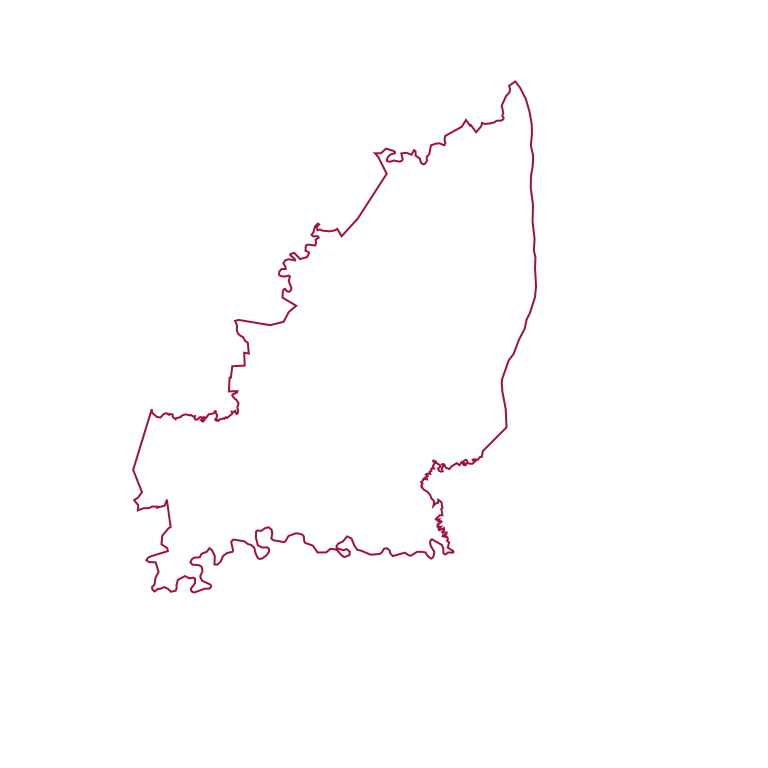 the district of Uthungulu, KwaZulu-Natal, South Africa, rotated 314°
{"feature_id": "47623444B51210648784187", "entity_name": "Uthungulu", "entity_type": "district", "adm_level": 2, "iso_a3": "ZAF", "parent_name": "South Africa", "parent_adm1": "KwaZulu-Natal", "projection": "robinson", "projection_center": [31.342, -28.763], "detail": "fine", "context": "isolated", "style": "outline", "palette": "rose", "viewbox_px": 768, "rotation_deg": 314, "n_neighbors": 0, "source": "geoboundaries", "source_scale": "gbopen_adm2", "svg_char_len": 6146}
<svg xmlns="http://www.w3.org/2000/svg" viewBox="0 0 768 768"><g transform="rotate(314 384 384)"><path d="M438.0,502.2L450.4,489.1L460.8,474.4L466.5,468.0L469.9,465.4L487.9,457.2L495.5,456.4L510.0,450.2L521.7,446.7L529.4,441.8L536.1,439.8L551.2,432.4L559.8,425.6L572.5,411.9L580.2,405.1L584.1,399.1L592.9,391.6L603.8,378.3L616.6,366.5L627.1,353.2L635.9,345.1L644.1,339.6L649.6,334.7L652.3,332.1L657.4,324.1L666.8,316.6L673.6,309.7L681.1,299.3L687.5,288.1L691.7,275.9L692.8,268.3L685.4,266.8L683.7,269.9L680.9,271.7L675.9,271.8L666.1,275.3L661.7,281.6L658.9,282.9L658.6,285.1L657.2,286.0L654.7,285.2L651.6,282.1L649.1,281.8L644.4,278.8L640.8,275.5L640.0,273.1L636.9,274.9L629.1,275.4L630.6,266.6L629.6,266.5L630.9,259.6L623.1,261.2L605.0,255.7L601.8,257.8L599.7,261.0L597.5,261.5L595.8,256.9L592.9,254.3L588.3,252.0L581.0,256.8L576.9,257.1L574.2,260.0L570.6,260.5L569.3,259.6L568.8,257.0L571.0,253.2L570.2,248.1L573.3,245.1L573.1,243.2L568.0,244.5L565.9,239.5L561.9,236.3L558.6,241.4L557.0,241.8L554.7,240.7L551.6,235.8L547.8,233.8L546.5,231.1L548.5,229.6L551.4,229.1L553.9,229.4L557.8,231.6L558.6,230.5L558.2,228.8L554.7,221.9L548.0,221.6L543.7,217.3L543.4,222.0L537.1,239.9L484.9,250.2L460.8,250.9L463.2,242.6L460.5,242.0L456.0,238.8L451.6,233.3L450.6,230.6L448.4,229.4L450.0,226.6L453.7,226.5L453.4,224.9L449.2,225.0L444.2,227.8L440.9,228.3L440.9,230.4L444.3,233.7L443.9,235.3L440.1,234.6L438.3,237.3L435.8,238.3L431.5,232.5L429.3,231.6L425.3,235.0L426.5,237.9L426.2,239.2L421.9,240.5L415.6,236.9L416.0,228.4L412.4,226.4L411.5,227.2L412.0,232.6L411.1,234.1L407.4,228.6L404.3,227.1L400.9,227.8L399.8,231.8L398.4,233.4L395.5,230.5L392.4,230.6L390.0,232.1L389.6,233.4L390.2,235.2L392.4,238.1L395.6,240.0L396.0,241.6L391.9,243.9L388.9,250.5L387.2,251.8L384.9,251.9L383.8,251.0L383.2,249.0L383.8,246.8L382.6,246.2L380.5,246.8L375.6,251.0L379.3,266.5L369.6,265.5L359.0,268.6L347.1,261.1L329.1,234.9L325.9,233.0L324.0,237.7L320.4,240.7L318.9,243.8L318.9,247.1L319.9,250.1L318.5,253.8L319.1,257.3L312.0,265.6L309.4,261.7L300.5,271.0L291.4,262.5L282.3,269.4L281.3,268.5L270.9,277.6L277.0,283.4L275.9,284.2L271.2,282.3L270.2,283.1L269.7,286.6L270.1,288.8L269.1,292.7L264.9,295.1L264.0,297.2L261.2,299.1L260.3,298.8L260.9,298.2L260.2,297.3L261.4,295.7L258.5,294.8L258.2,293.9L257.3,295.5L250.4,294.7L250.3,293.3L247.8,293.2L247.7,292.4L244.1,290.3L242.6,290.5L242.3,289.2L241.3,289.1L241.0,287.8L241.8,287.0L242.4,287.6L245.8,285.5L246.3,282.7L247.5,282.2L247.2,281.4L244.4,281.8L240.4,278.9L236.2,279.6L235.3,277.9L234.0,279.8L231.2,279.9L230.8,279.1L231.6,278.6L231.0,277.3L233.7,277.6L233.6,276.3L232.5,274.7L228.8,274.4L227.3,272.9L227.8,271.5L229.5,270.3L228.0,269.3L227.7,266.6L226.7,266.3L224.2,262.2L220.5,260.4L219.3,260.8L214.7,258.1L213.9,258.5L213.6,254.8L215.2,253.2L214.6,251.8L212.7,250.9L213.1,250.2L212.2,249.7L211.9,247.8L209.3,246.3L204.7,246.5L202.6,243.6L202.2,237.4L204.5,234.5L148.0,263.2L138.1,285.0L131.6,286.0L126.9,284.9L126.1,291.4L122.1,294.7L127.5,297.3L131.5,301.1L134.9,302.4L138.7,306.6L137.7,306.9L144.2,310.8L150.0,308.1L132.9,329.9L130.4,329.2L120.8,329.9L114.1,335.3L115.4,342.1L113.6,344.6L99.1,336.5L95.5,335.0L92.2,335.4L92.6,338.6L97.1,343.6L92.3,352.3L85.8,354.3L80.3,358.2L76.8,358.2L75.2,360.4L75.4,363.1L79.7,363.7L81.0,365.2L85.3,367.1L86.6,370.9L86.6,375.1L90.6,377.7L93.0,376.8L95.1,374.5L99.8,371.8L107.6,374.3L109.0,379.0L112.5,381.6L112.7,383.3L109.6,386.4L102.5,387.3L101.3,389.1L101.3,390.7L102.3,392.4L112.2,397.2L115.7,400.7L118.4,400.3L119.1,398.6L116.2,389.9L116.8,387.4L118.2,385.3L123.0,383.6L125.5,380.5L125.8,378.6L124.6,376.0L120.9,371.6L121.3,368.5L124.4,367.5L127.3,368.1L131.3,371.9L135.0,370.7L140.5,373.1L144.7,372.5L144.9,376.0L142.6,381.9L136.4,387.4L138.3,389.6L142.8,389.9L148.4,387.7L153.4,388.5L158.0,391.6L159.4,391.1L164.2,383.9L166.7,383.4L168.0,384.4L173.8,392.8L174.3,397.3L176.0,400.4L176.1,404.3L172.9,409.4L171.2,413.9L171.5,415.8L173.9,417.6L179.3,418.5L183.2,417.9L185.1,416.5L185.6,413.8L181.8,410.0L180.3,405.3L184.6,398.5L189.0,394.5L190.5,394.6L193.2,397.8L197.8,398.6L200.8,400.6L201.1,404.4L198.8,407.5L194.7,410.2L194.7,412.9L200.8,421.9L202.3,422.4L208.4,420.9L215.5,424.4L217.4,426.9L218.8,429.8L218.7,432.2L215.5,435.8L214.9,437.6L218.3,445.0L216.7,453.3L222.7,459.4L228.1,459.9L230.9,463.3L232.0,465.7L231.3,471.7L231.8,475.7L237.0,478.0L239.6,475.8L239.3,471.9L236.2,470.1L233.6,465.3L233.3,463.8L234.5,462.4L237.6,462.0L242.1,463.8L248.8,463.4L250.2,468.0L247.1,475.1L246.2,480.2L248.0,482.9L252.0,493.1L258.8,499.0L261.4,499.4L265.7,498.5L268.0,500.4L268.1,504.0L266.7,505.6L266.2,509.8L277.1,516.1L278.0,520.9L279.2,522.6L286.3,524.4L290.0,528.4L291.7,531.0L290.8,533.4L290.8,538.3L291.5,539.5L294.3,539.4L298.2,536.9L299.9,530.4L301.8,527.4L304.2,526.1L305.6,526.4L308.4,537.4L306.9,540.9L303.8,544.0L303.7,546.0L304.1,546.7L307.2,547.0L310.6,550.7L311.5,550.6L311.9,549.6L310.6,543.6L315.3,540.8L314.9,538.3L316.8,537.7L317.8,536.0L315.2,532.0L316.3,531.5L318.8,533.4L320.7,532.2L317.7,529.5L318.0,528.6L320.7,528.8L321.9,527.2L317.2,525.4L317.4,524.1L320.7,524.1L318.8,522.7L318.5,521.6L320.1,521.4L320.1,520.2L324.9,521.1L325.0,520.4L323.0,518.5L325.2,517.8L322.7,516.1L322.8,515.1L328.2,515.3L330.1,517.2L334.0,512.0L335.4,512.1L338.9,507.4L338.4,503.5L336.1,505.4L333.8,504.1L330.7,504.2L333.7,502.3L334.6,500.6L334.7,497.4L336.2,494.5L336.6,490.0L335.7,486.1L336.0,482.5L336.8,482.5L337.1,481.2L339.2,480.8L339.2,478.8L341.2,479.1L343.2,478.2L344.1,479.7L345.2,478.9L345.5,480.8L347.0,478.8L348.2,479.3L348.1,477.0L350.1,477.7L351.5,479.7L352.8,477.7L354.3,478.5L356.1,476.8L357.9,478.7L359.0,476.0L362.8,475.6L362.6,473.0L363.3,472.7L364.2,474.9L363.6,476.7L364.5,480.6L364.0,481.7L360.6,481.7L359.8,483.9L360.4,485.7L361.9,486.8L363.3,484.0L366.5,483.8L366.6,481.7L367.4,481.8L368.0,483.3L366.8,486.4L368.1,490.1L372.0,489.9L377.6,491.3L378.0,494.8L381.9,494.1L381.1,497.5L382.1,499.1L384.2,498.6L382.5,496.9L382.7,495.5L383.8,494.9L386.1,495.4L386.6,496.5L385.3,499.6L387.9,503.0L392.1,503.3L390.8,501.3L391.0,500.5L392.6,501.2L394.7,504.1L398.1,503.8L399.4,505.0L404.4,501.7L438.0,502.2Z" fill="none" stroke="#9f1239" stroke-width="2"/></g></svg>